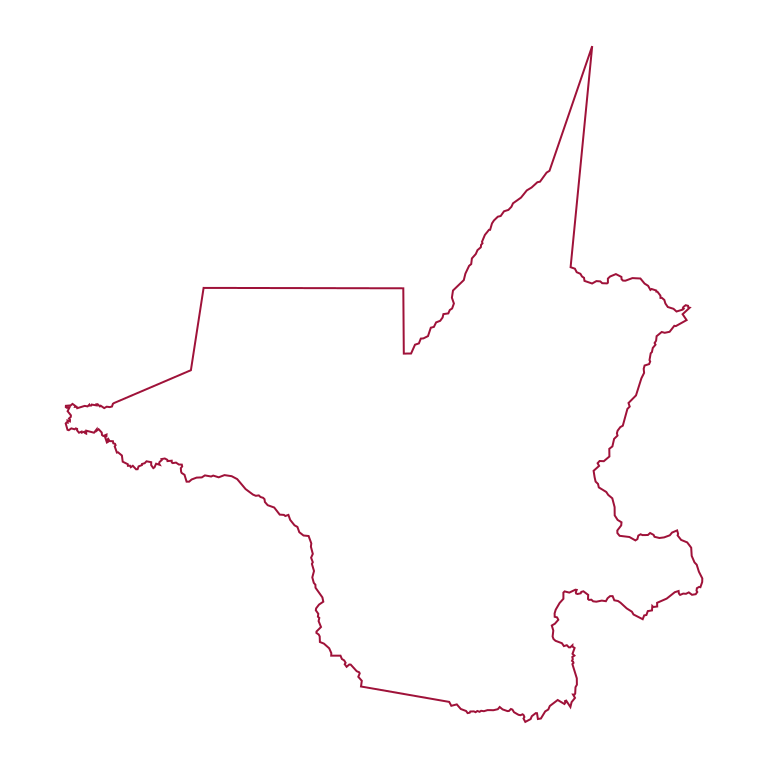 the district of Aquidauana, Mato Grosso do Sul, Brazil
{"feature_id": "56859067B57339224225179", "entity_name": "Aquidauana", "entity_type": "district", "adm_level": 2, "iso_a3": "BRA", "parent_name": "Brazil", "parent_adm1": "Mato Grosso do Sul", "projection": "mercator", "projection_center": [-55.836, -19.55], "detail": "fine", "context": "isolated", "style": "outline", "palette": "rose", "viewbox_px": 768, "rotation_deg": 0, "n_neighbors": 0, "source": "geoboundaries", "source_scale": "gbopen_adm2", "svg_char_len": 6078}
<svg xmlns="http://www.w3.org/2000/svg" viewBox="0 0 768 768"><path d="M530.6,719.1L531.8,716.2L535.8,713.1L537.0,713.2L537.9,719.0L540.9,718.5L545.2,711.4L548.3,709.5L549.8,706.0L557.7,700.0L564.4,704.0L565.3,702.8L565.0,701.1L566.2,700.6L570.4,707.0L571.6,702.1L575.0,697.9L573.0,694.5L574.6,694.5L575.2,693.5L575.5,687.2L576.9,684.7L576.8,678.3L572.4,664.1L573.5,662.9L573.1,661.7L572.0,660.8L572.8,659.2L572.3,657.0L574.4,655.6L572.5,653.8L574.6,648.0L572.4,646.5L572.4,645.3L570.3,647.3L568.9,647.3L566.8,645.2L563.9,646.1L561.9,643.2L555.5,640.8L553.5,639.0L552.6,636.5L553.3,630.6L551.8,625.5L554.9,623.7L558.3,619.8L557.1,617.4L554.7,616.8L554.6,613.4L555.7,609.7L559.6,603.0L563.4,598.8L563.4,592.6L564.6,591.4L569.3,592.6L575.4,589.7L576.7,589.9L575.8,592.3L576.1,593.5L577.5,594.0L580.7,593.3L581.3,591.9L583.4,591.3L588.2,594.9L588.0,599.0L589.0,599.9L591.4,599.7L593.1,601.3L596.3,601.7L601.8,600.6L605.9,601.2L607.6,598.2L610.1,596.1L612.6,596.1L614.3,600.3L618.0,601.0L620.5,602.7L626.7,608.4L631.9,611.7L633.5,614.5L642.7,619.2L644.2,615.4L646.4,615.0L647.8,611.1L652.0,610.4L652.3,606.0L653.3,607.0L657.2,606.5L657.1,602.8L666.7,598.6L674.8,592.2L678.6,591.0L678.9,593.5L680.1,594.9L683.2,593.6L686.0,593.8L688.8,592.4L692.0,594.8L695.7,594.2L697.3,592.0L696.5,590.7L696.9,588.2L699.1,586.9L700.4,587.2L702.2,582.0L702.3,578.4L698.9,571.7L696.7,564.7L694.5,562.4L691.7,555.9L691.2,547.7L687.2,542.4L681.1,539.9L677.6,535.4L678.1,533.8L677.1,530.4L672.0,532.6L669.8,535.3L664.1,537.4L659.4,538.0L654.5,536.8L653.6,534.9L650.1,533.0L647.9,535.0L642.5,535.1L640.6,534.3L638.3,535.6L637.4,539.1L635.4,540.4L629.4,537.0L619.6,535.8L617.4,533.1L617.3,530.5L621.2,525.4L621.5,522.3L617.6,519.9L614.7,515.4L614.6,507.1L612.3,498.3L608.2,494.9L606.3,492.0L598.8,487.4L598.0,483.9L595.6,481.6L594.6,477.2L593.6,470.8L599.1,465.9L597.6,463.2L599.6,461.0L603.8,461.2L609.4,456.5L609.3,448.8L612.4,446.4L614.1,438.9L617.5,435.6L616.9,433.3L617.6,430.7L620.3,427.1L622.8,425.7L627.4,408.9L629.7,406.6L628.5,403.0L636.0,395.4L641.4,378.3L644.1,372.9L643.7,368.8L644.6,365.5L649.1,364.1L650.2,361.5L649.5,360.1L650.7,353.3L651.9,352.1L652.8,347.9L655.5,344.7L654.6,343.0L656.1,340.7L656.6,336.2L661.7,332.0L664.7,332.8L669.6,331.8L674.3,325.8L675.8,326.1L686.6,320.1L682.6,314.2L689.7,307.7L688.3,307.3L688.0,305.8L685.7,305.2L683.5,306.9L682.9,308.0L683.7,308.7L682.7,309.6L676.5,311.5L673.5,308.8L667.8,307.0L665.4,303.5L664.3,299.9L661.8,297.8L660.5,297.9L660.4,295.6L657.5,291.8L656.3,291.6L656.2,290.5L651.6,289.0L650.4,289.9L648.1,285.8L644.6,283.6L640.4,278.5L632.4,278.1L625.4,280.7L623.0,280.6L621.6,279.3L621.4,276.9L615.9,274.1L610.1,276.5L607.9,278.6L607.9,282.7L607.0,283.4L602.2,283.2L600.3,281.4L596.4,281.1L592.1,283.5L584.5,280.9L584.0,277.8L582.0,276.5L580.4,273.8L576.7,272.2L574.9,268.7L570.6,267.2L592.2,46.1L549.5,170.8L546.6,172.6L540.0,181.7L537.4,182.2L531.6,187.5L526.8,190.4L521.0,197.6L513.0,203.3L511.4,206.8L508.4,209.9L504.0,211.3L500.7,216.0L497.8,216.7L493.9,220.5L492.0,223.4L490.1,229.8L489.0,229.8L484.9,234.9L482.0,241.8L482.5,243.3L481.1,244.8L480.8,247.3L477.5,250.1L475.8,254.0L471.9,258.4L471.2,264.1L469.1,265.8L465.4,273.6L463.8,280.1L453.0,290.5L451.9,297.7L453.9,303.5L452.1,308.5L449.8,310.0L448.3,313.4L443.4,314.1L442.6,317.5L440.2,320.8L436.1,322.4L433.9,326.9L430.8,327.7L428.0,336.1L423.4,338.4L420.8,338.6L418.9,343.4L415.0,344.7L411.1,353.5L403.8,353.6L403.3,288.3L203.6,287.9L190.9,370.2L114.1,403.0L112.9,403.8L112.0,406.5L109.8,407.1L106.7,406.7L104.2,408.1L100.7,405.7L99.9,406.4L97.6,404.2L96.4,404.3L96.6,405.4L91.7,404.6L91.3,405.5L89.6,405.6L89.3,404.7L87.6,406.4L84.7,405.9L77.2,408.2L76.7,406.9L75.0,406.9L75.4,406.0L72.5,403.9L70.7,405.4L65.9,405.8L65.8,407.1L66.8,407.8L69.4,407.6L67.6,411.2L70.9,415.3L70.8,416.9L69.0,418.5L70.0,419.8L69.9,421.4L67.5,420.5L67.7,422.7L66.5,422.5L65.7,423.5L67.5,429.8L68.8,430.2L71.3,428.4L74.7,429.3L75.8,428.4L77.1,428.9L77.1,430.4L79.0,432.7L81.6,431.6L81.8,432.6L84.8,431.6L85.1,433.1L86.2,433.6L86.3,430.7L94.0,432.7L96.6,429.4L96.6,430.8L98.6,429.2L101.7,432.5L102.0,435.0L103.3,436.0L106.5,434.6L106.4,436.4L105.0,436.8L106.9,442.5L107.9,441.9L107.3,439.6L108.2,438.8L109.6,441.1L112.9,441.2L113.3,443.3L115.0,443.8L115.6,445.2L114.7,446.4L116.9,452.6L118.0,452.3L121.9,455.5L122.7,461.7L127.8,464.2L127.9,465.8L130.0,465.7L130.8,467.2L132.8,465.8L136.1,469.3L137.6,469.2L138.6,466.4L141.9,465.1L142.0,464.0L144.7,463.2L146.5,461.3L151.2,462.2L151.2,465.2L153.3,468.1L154.5,467.3L156.1,463.7L159.7,464.8L159.0,463.6L159.6,461.9L161.7,460.2L161.4,459.1L164.8,458.5L167.3,459.8L167.5,461.1L171.7,460.7L171.8,462.5L172.8,463.1L176.0,462.6L178.8,464.5L181.8,464.6L182.2,466.4L180.8,468.2L181.1,471.7L181.7,473.0L184.5,474.8L186.6,481.7L189.1,481.7L191.6,479.5L196.6,477.6L201.8,477.4L204.9,475.4L211.1,476.5L213.2,475.6L218.7,477.3L224.5,475.1L231.7,476.2L237.2,479.1L245.6,489.1L253.0,494.6L255.8,495.8L258.8,495.4L260.5,497.0L263.1,497.8L264.5,499.2L264.9,502.0L267.7,505.2L274.2,507.5L279.7,514.6L283.9,514.9L285.3,516.0L288.4,514.9L290.2,519.9L294.5,525.3L297.4,526.9L299.3,532.2L303.5,535.5L308.6,536.0L311.3,543.4L310.9,546.7L312.8,553.9L311.1,557.7L312.8,562.2L311.9,563.9L314.0,571.0L312.3,577.4L313.8,582.9L315.4,584.7L315.5,587.7L322.4,597.4L323.3,601.7L319.0,604.6L316.1,608.4L315.8,610.3L318.3,613.8L317.9,616.7L319.3,617.9L318.6,621.1L321.0,627.0L316.5,631.5L316.4,632.9L318.7,634.5L319.7,636.4L319.9,642.0L323.9,643.6L329.2,648.3L331.3,653.1L331.2,655.7L340.5,655.7L341.9,659.0L344.2,660.4L345.6,662.8L344.7,664.2L346.6,666.8L349.3,664.5L350.7,664.6L356.7,671.2L359.2,672.3L359.7,673.4L358.3,676.8L361.8,680.8L361.0,686.5L449.2,701.9L451.3,705.8L456.8,704.4L460.8,709.0L466.1,711.0L467.6,713.1L469.7,712.7L470.3,711.5L473.9,711.4L475.6,712.2L477.3,711.0L479.6,711.8L481.1,710.8L483.9,711.2L487.6,710.1L493.5,710.2L497.8,709.2L499.7,707.0L502.6,709.4L507.5,711.1L508.9,711.0L510.9,709.0L512.4,709.6L514.0,712.2L518.5,714.8L520.4,715.2L522.6,714.3L523.6,715.1L524.4,717.0L523.5,718.5L525.3,721.9L530.6,719.1Z" fill="none" stroke="#9f1239" stroke-width="2"/></svg>